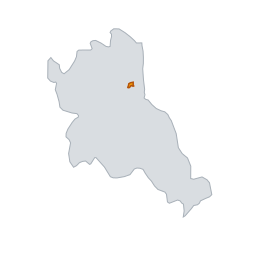 Naklo on a map of Slovenia (Mercator projection), rotated 76°
{"feature_id": "SVN-1015", "entity_name": "Naklo", "entity_type": "Municipality", "adm_level": 1, "iso_a3": "SVN", "parent_name": "Slovenia", "parent_adm1": "", "projection": "mercator", "projection_center": [14.309, 46.29], "detail": "fine", "context": "in_parent", "style": "filled", "palette": "amber", "viewbox_px": 256, "rotation_deg": 76, "n_neighbors": 0, "source": "natural_earth", "source_scale": "10m", "svg_char_len": 1962}
<svg xmlns="http://www.w3.org/2000/svg" viewBox="0 0 256 256"><g transform="rotate(76 128 128)"><path d="M227.7,95.9L222.1,93.6L215.3,92.6L214.0,93.9L211.3,95.1L209.9,97.3L211.0,106.1L209.3,107.6L201.6,106.7L199.1,107.7L194.9,113.8L190.6,116.3L185.2,118.1L181.2,120.3L176.1,122.2L171.8,123.4L170.0,126.0L169.0,129.0L169.3,131.8L173.7,137.3L174.3,143.3L173.8,150.5L172.8,154.4L171.0,156.9L160.2,160.3L149.0,166.2L148.7,167.5L153.8,172.8L154.0,174.1L149.8,177.1L149.4,180.1L149.9,183.5L152.1,187.1L152.9,190.3L146.7,192.6L138.4,191.8L128.5,187.3L125.0,188.0L121.6,190.3L118.2,189.3L114.4,186.5L109.1,180.8L106.5,177.3L105.4,173.6L104.0,173.0L101.7,174.1L99.9,178.7L95.0,186.8L91.3,189.0L85.8,188.5L78.1,188.7L73.3,189.3L67.4,186.5L65.9,187.0L65.9,188.9L63.7,191.9L60.1,193.8L43.4,189.4L41.0,185.8L44.8,184.1L50.0,179.4L53.6,179.9L58.0,178.9L59.9,176.9L57.1,170.9L50.1,163.6L46.4,160.8L41.4,158.9L40.5,156.9L43.3,145.3L42.4,143.6L36.6,144.2L35.3,143.0L34.8,140.9L35.2,138.2L39.1,133.6L43.5,129.6L44.6,127.3L44.5,125.6L38.9,123.8L35.5,121.9L32.9,121.3L31.0,122.3L29.7,121.2L28.3,117.8L29.7,112.7L34.7,107.9L40.1,103.7L44.8,100.6L47.5,99.3L48.8,94.0L51.6,94.5L57.1,94.8L63.3,96.0L69.1,97.5L74.1,99.4L84.8,101.3L94.5,102.5L97.4,103.6L99.8,103.5L102.8,105.1L104.5,103.9L105.7,101.7L111.0,99.2L115.9,95.9L119.3,91.7L121.2,88.4L124.6,86.1L128.1,85.4L131.4,84.2L145.1,82.6L159.3,83.9L166.0,81.6L171.5,77.5L179.7,76.4L180.1,76.3L192.2,79.4L193.1,77.6L193.6,76.8L193.4,68.0L197.3,63.9L200.8,62.2L212.9,62.8L214.5,65.5L215.1,69.7L216.2,75.3L218.2,76.9L219.3,79.1L219.1,83.0L221.5,85.9L227.0,93.8L227.7,95.9Z" fill="#d9dde1" stroke="#a8b0b8" stroke-width="1"/><path d="M88.6,112.3L88.7,113.0L88.3,113.2L88.2,113.7L87.7,114.2L87.6,114.5L87.6,114.9L87.9,115.1L88.8,116.4L89.1,117.0L89.0,117.9L88.8,118.3L88.5,118.4L86.8,117.2L85.3,116.6L84.8,115.2L84.7,114.5L84.8,111.9L86.2,112.2L86.6,112.5L86.9,112.5L88.6,112.3Z" fill="#f59e0b" stroke="#b45309" stroke-width="1.5"/></g></svg>